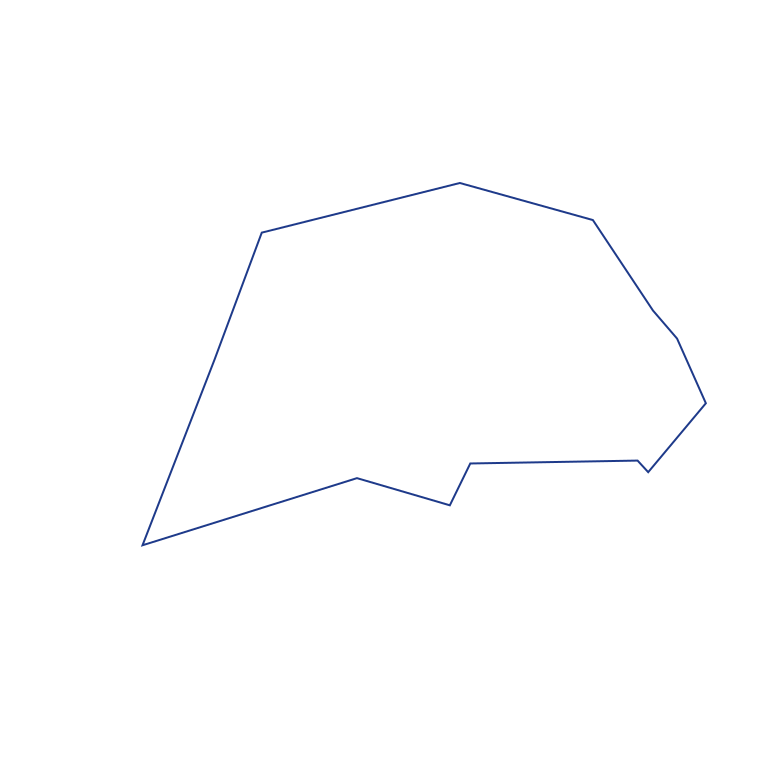 map outline of Centar (Albers equal-area conic projection), rotated 66°
{"feature_id": "MKD-2923", "entity_name": "Centar", "entity_type": "Municipality", "adm_level": 1, "iso_a3": "MKD", "parent_name": "North Macedonia", "parent_adm1": "", "projection": "albers", "projection_center": [21.428, 41.971], "detail": "fine", "context": "isolated", "style": "outline", "palette": "blue", "viewbox_px": 768, "rotation_deg": 66, "n_neighbors": 0, "source": "natural_earth", "source_scale": "10m", "svg_char_len": 330}
<svg xmlns="http://www.w3.org/2000/svg" viewBox="0 0 768 768"><g transform="rotate(66 384 384)"><path d="M532.5,97.8L572.0,178.5L557.1,183.5L491.7,337.5L521.6,373.2L459.0,447.0L433.1,670.2L292.7,528.8L196.0,434.1L231.2,233.0L319.2,126.5L426.3,108.4L461.7,97.8L532.5,97.8Z" fill="none" stroke="#1e3a8a" stroke-width="2"/></g></svg>